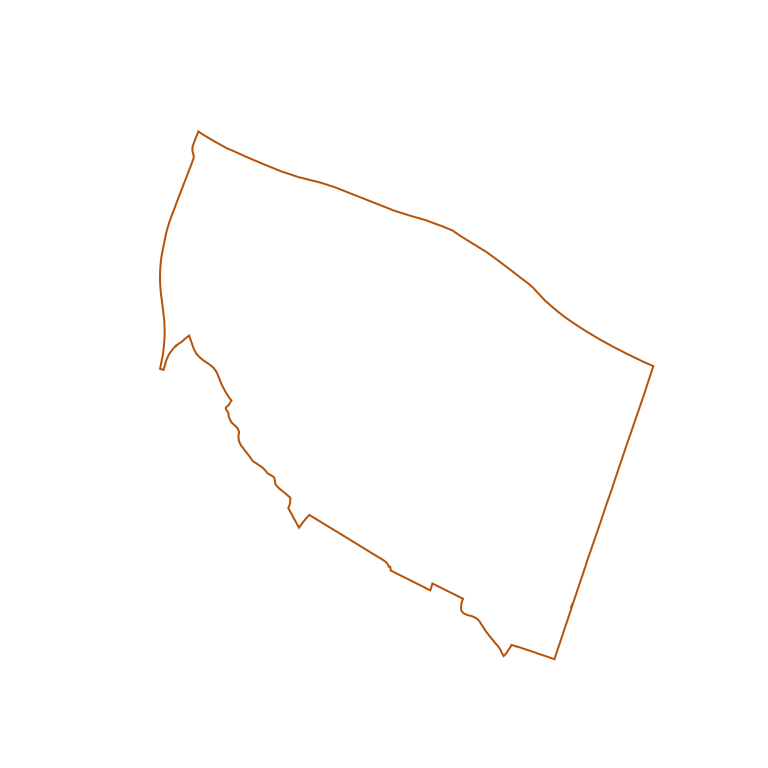 Geertruidenberg, Noord-Brabant, Netherlands, rotated 34°
{"feature_id": "6326949B69937984570912", "entity_name": "Geertruidenberg", "entity_type": "district", "adm_level": 2, "iso_a3": "NLD", "parent_name": "Netherlands", "parent_adm1": "Noord-Brabant", "projection": "natural_earth1", "projection_center": [4.874, 51.696], "detail": "fine", "context": "isolated", "style": "outline", "palette": "amber", "viewbox_px": 768, "rotation_deg": 34, "n_neighbors": 0, "source": "geoboundaries", "source_scale": "gbopen_adm2", "svg_char_len": 6090}
<svg xmlns="http://www.w3.org/2000/svg" viewBox="0 0 768 768"><g transform="rotate(34 384 384)"><path d="M679.2,516.8L678.9,515.8L678.8,515.5L677.8,511.9L677.0,508.8L676.5,507.3L673.7,497.1L670.8,486.8L669.7,482.8L667.1,473.4L664.8,464.9L664.0,464.8L663.6,463.1L663.4,462.5L664.0,462.6L661.9,454.9L660.6,450.1L660.4,449.5L659.0,444.5L658.2,441.4L657.0,437.1L655.4,431.3L654.1,426.8L653.7,425.2L652.6,421.1L652.1,419.8L651.8,418.8L640.1,374.9L639.9,374.5L637.4,365.4L636.0,360.4L634.6,355.1L633.0,348.9L631.5,343.1L630.1,338.5L629.9,337.6L627.7,329.7L618.1,294.7L616.6,288.9L616.1,286.9L615.0,282.8L614.1,279.6L613.2,276.2L604.4,243.3L603.1,239.2L600.1,228.5L600.0,228.2L597.3,218.6L586.3,220.6L575.6,222.1L568.9,223.1L561.9,223.9L554.2,224.9L536.6,226.5L522.1,227.2L519.8,227.3L516.4,227.4L511.2,227.5L508.7,227.5L501.8,227.5L495.6,227.4L494.6,227.3L487.8,226.8L479.7,225.9L470.7,224.8L453.1,220.7L451.5,220.5L446.6,219.9L445.4,219.9L443.5,219.8L441.6,219.7L439.2,219.6L430.2,219.0L412.6,218.0L409.0,217.8L395.4,217.3L394.9,217.3L380.8,217.9L379.0,218.0L377.7,218.0L372.1,218.3L366.6,218.4L364.4,218.5L355.2,218.4L351.2,219.2L349.7,219.5L344.3,220.6L343.0,220.9L335.2,222.9L328.7,224.4L327.1,224.8L325.6,225.3L311.7,229.8L296.2,234.4L294.8,234.8L290.5,235.7L232.7,248.5L218.9,252.5L197.7,260.2L179.8,265.2L160.5,269.3L156.8,270.0L153.4,270.6L150.3,271.3L146.3,272.0L141.2,273.0L136.2,273.8L129.9,274.9L125.0,275.8L122.1,276.4L121.2,276.5L117.5,276.8L109.9,277.5L107.8,277.7L105.8,277.8L102.3,278.0L95.1,278.4L94.5,278.4L93.5,278.4L88.8,278.4L92.5,294.3L94.6,297.5L94.8,297.8L95.7,298.7L96.9,299.7L98.1,300.7L98.5,301.1L98.7,301.4L99.1,301.9L99.4,302.5L99.8,303.1L100.0,303.7L100.2,304.4L100.4,305.5L100.9,307.3L101.7,310.6L102.5,314.0L102.9,316.2L103.8,319.8L104.3,321.8L104.8,324.0L105.3,326.3L105.7,328.2L106.3,330.7L106.8,332.8L107.3,334.8L107.7,336.8L108.2,338.8L108.6,340.9L109.1,342.9L109.9,346.4L110.5,349.1L111.1,351.7L111.8,354.2L112.4,356.8L113.0,359.5L113.5,361.8L114.9,367.4L115.6,370.1L116.5,373.0L117.5,376.2L118.3,378.6L119.3,381.4L121.5,386.7L122.0,388.0L122.4,388.8L122.6,389.4L123.1,390.7L123.5,391.5L124.0,392.8L124.6,394.2L125.2,395.8L127.1,400.2L128.0,402.1L128.6,403.5L129.4,405.1L130.2,406.7L132.3,410.4L133.7,413.0L135.1,415.3L137.9,419.7L139.4,422.0L141.1,424.3L142.5,426.2L143.7,427.8L144.3,428.6L146.8,431.7L148.8,434.1L149.5,435.0L150.3,435.9L151.3,436.9L156.8,443.2L160.9,447.9L163.8,451.3L166.2,454.1L168.4,457.0L171.5,461.3L175.1,466.6L176.2,468.4L177.6,470.8L179.2,473.6L181.6,478.1L183.9,482.5L185.9,487.2L189.9,496.7L193.3,495.6L193.1,495.0L192.3,492.3L192.2,491.7L190.7,487.7L189.8,484.3L189.8,483.7L189.2,479.9L189.2,479.1L189.2,478.1L189.2,476.8L189.2,475.7L189.3,474.6L189.4,473.8L189.5,472.9L189.6,471.8L190.0,469.8L190.2,469.3L190.7,467.2L190.5,467.3L190.9,466.4L191.4,465.1L192.9,461.7L193.3,459.6L193.8,457.9L194.1,456.7L195.4,452.8L198.4,455.1L202.3,458.0L206.5,461.2L207.5,461.7L209.6,462.8L210.6,463.3L211.7,463.8L212.8,464.2L213.1,464.2L214.7,464.6L216.7,465.0L217.1,465.0L220.5,465.4L220.9,465.4L223.2,465.4L225.2,465.4L226.2,465.4L227.5,465.4L231.3,465.6L232.1,465.7L233.0,465.9L233.5,465.9L234.5,466.2L235.1,466.5L236.2,466.8L236.7,467.0L237.1,467.1L238.3,467.7L238.9,468.0L239.1,468.2L239.6,468.4L240.1,468.7L241.9,470.0L242.9,470.6L244.6,471.8L250.2,475.5L257.5,479.4L263.7,482.1L265.0,482.5L266.7,482.8L267.0,488.1L266.7,489.7L266.3,490.5L266.1,491.5L266.1,492.1L266.4,492.7L267.8,493.6L269.2,494.1L270.0,494.4L270.8,494.9L271.3,495.2L272.0,496.0L272.5,496.7L273.0,497.2L274.3,498.4L275.0,498.8L275.8,499.4L276.7,499.9L277.8,500.4L279.2,501.1L281.1,501.5L283.0,501.7L284.2,501.9L285.4,502.1L286.8,502.5L287.6,502.8L288.5,503.3L289.6,504.0L290.3,504.5L290.9,505.2L291.4,506.1L291.5,506.6L291.8,507.4L292.1,508.1L292.6,508.7L292.9,509.3L293.4,509.8L294.0,510.6L294.5,511.0L295.2,511.9L296.0,512.5L296.5,512.9L297.8,513.8L299.2,514.6L300.4,515.1L302.1,515.6L303.6,516.1L304.5,516.5L305.8,516.9L308.0,517.6L311.1,518.6L313.0,519.2L313.9,519.6L314.6,519.9L315.6,520.3L316.4,520.6L317.5,521.0L318.3,521.2L319.2,521.3L320.2,521.3L323.2,521.2L324.6,521.2L326.1,521.2L327.4,521.2L328.5,521.2L330.0,521.3L331.0,521.5L331.7,521.6L333.2,521.9L334.5,522.2L336.3,522.8L337.3,523.0L338.0,523.1L338.5,523.1L339.1,523.0L340.1,523.0L341.1,522.9L342.4,522.8L343.7,522.7L344.4,522.8L345.0,522.9L345.5,523.2L345.9,523.5L347.0,524.5L347.2,524.8L349.1,526.8L349.9,527.7L350.4,528.0L350.9,528.2L351.9,528.4L352.6,528.6L353.8,528.9L354.9,529.1L355.9,529.3L357.3,529.4L358.2,529.4L358.9,529.5L359.9,529.6L361.1,529.7L362.1,529.8L363.8,529.9L365.0,530.1L365.9,530.2L367.4,530.4L368.7,530.5L369.2,530.5L369.9,530.7L370.3,531.2L370.9,532.0L371.4,533.0L372.4,534.7L372.9,535.8L373.3,537.0L373.6,538.3L374.1,540.4L374.5,540.7L380.0,543.4L383.4,545.3L385.1,546.1L389.1,548.2L389.5,548.4L393.9,550.7L393.9,549.8L394.1,545.8L394.2,543.3L394.8,537.2L395.2,534.4L395.3,534.3L395.8,534.3L405.9,533.8L413.1,533.5L439.2,532.3L464.9,531.2L471.6,530.9L473.9,530.8L482.0,530.4L483.4,530.4L485.0,530.5L486.1,530.9L487.2,531.2L488.2,531.6L489.0,532.0L489.9,532.5L490.2,532.8L491.2,532.0L491.8,532.5L492.6,533.3L493.2,534.0L493.5,534.5L493.8,534.9L528.9,530.3L536.8,529.4L537.8,529.2L537.5,528.1L535.7,522.3L565.6,518.4L566.4,518.3L569.6,517.9L569.9,519.2L570.2,520.3L570.5,521.3L571.2,523.3L571.6,524.0L572.9,526.2L574.0,527.8L574.7,528.5L576.5,529.1L577.1,529.3L577.7,529.5L579.0,529.5L580.9,529.1L582.2,528.9L583.4,528.6L584.4,528.1L584.8,528.0L585.5,527.7L586.3,527.5L587.6,527.1L588.7,526.9L589.7,526.8L590.8,526.7L592.2,526.6L592.6,526.7L593.6,526.8L594.8,527.1L596.0,527.4L600.2,529.3L601.7,529.9L603.5,530.7L605.1,531.4L606.9,532.1L608.9,532.8L610.9,533.4L612.5,534.0L616.3,535.1L618.2,535.7L619.9,536.2L621.9,536.8L624.6,537.4L625.4,537.7L626.1,537.9L627.5,538.5L628.6,539.0L629.8,539.6L630.6,540.0L631.3,540.6L631.7,540.9L635.3,542.6L635.7,541.0L636.0,536.8L635.8,534.4L635.9,532.8L635.9,531.0L635.6,529.0L636.7,528.7L640.9,527.5L641.6,527.1L652.2,524.1L661.0,521.7L662.2,521.6L663.7,521.1L668.8,519.6L679.2,516.8Z" fill="none" stroke="#b45309" stroke-width="2"/></g></svg>